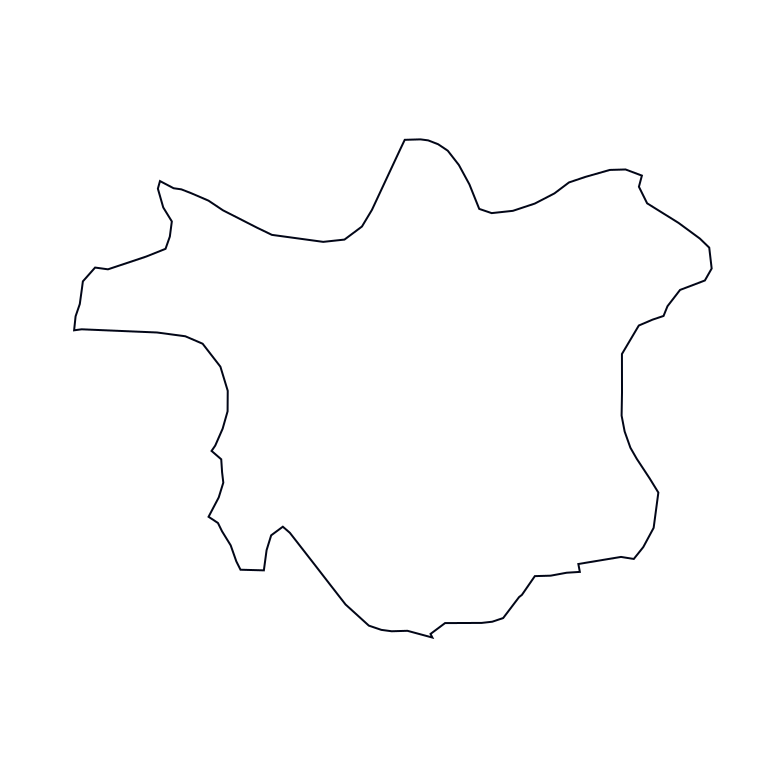 the district of Minuf City, Al Minufiyah, Egypt, rotated 96°
{"feature_id": "37247803B55746965305944", "entity_name": "Minuf City", "entity_type": "district", "adm_level": 2, "iso_a3": "EGY", "parent_name": "Egypt", "parent_adm1": "Al Minufiyah", "projection": "robinson", "projection_center": [30.931, 30.462], "detail": "fine", "context": "isolated", "style": "outline", "palette": "ink", "viewbox_px": 768, "rotation_deg": 96, "n_neighbors": 0, "source": "geoboundaries", "source_scale": "gbopen_adm2", "svg_char_len": 1539}
<svg xmlns="http://www.w3.org/2000/svg" viewBox="0 0 768 768"><g transform="rotate(96 384 384)"><path d="M534.4,544.6L539.6,534.6L547.4,529.7L560.5,519.6L575.9,512.3L583.7,507.3L581.9,484.0L561.5,483.4L546.3,480.4L536.5,469.7L541.8,462.1L547.0,457.1L557.5,447.0L573.2,431.9L589.0,416.8L607.3,399.2L625.9,373.8L628.8,360.9L629.1,350.5L627.0,334.9L631.1,309.4L627.7,311.6L615.4,298.3L611.4,261.9L609.1,251.5L604.3,241.0L581.8,227.4L579.3,224.8L559.3,213.9L557.2,198.2L552.6,182.6L550.4,169.6L542.7,171.9L531.2,130.2L531.9,117.3L519.1,109.1L498.9,100.8L463.3,99.8L450.3,109.8L432.0,124.8L421.6,132.3L406.1,139.7L390.6,144.4L367.7,146.4L329.3,150.5L299.2,136.7L291.9,123.6L287.1,113.1L277.0,110.2L259.5,99.4L247.5,75.7L234.9,70.2L214.4,74.8L206.4,85.0L193.0,107.9L176.8,141.2L161.2,151.1L149.8,149.3L145.4,166.2L147.5,181.8L157.0,205.4L164.2,221.1L176.6,234.4L188.8,252.9L198.3,273.9L202.8,294.8L199.9,307.6L176.6,319.9L158.4,332.4L145.3,345.0L139.9,355.2L137.1,365.5L136.9,373.3L139.0,388.9L149.2,392.5L212.1,414.2L229.7,422.4L244.5,438.4L249.0,459.3L247.4,511.1L241.9,526.4L228.1,562.3L220.0,577.7L214.4,595.7L211.6,605.9L211.3,613.7L205.6,628.0L213.4,629.3L231.5,622.0L244.5,612.0L259.8,612.4L272.4,615.4L282.1,633.8L298.8,670.5L298.4,683.5L313.4,694.2L321.0,694.4L336.3,694.9L348.9,697.8L363.0,697.8L361.2,690.4L356.5,615.1L357.3,586.6L362.9,568.6L383.9,548.5L407.1,538.7L427.5,536.7L445.3,539.8L462.9,545.4L468.6,548.5L475.9,538.0L488.7,535.8L498.9,533.5L514.1,536.5L534.4,544.6Z" fill="none" stroke="#020617" stroke-width="2"/></g></svg>